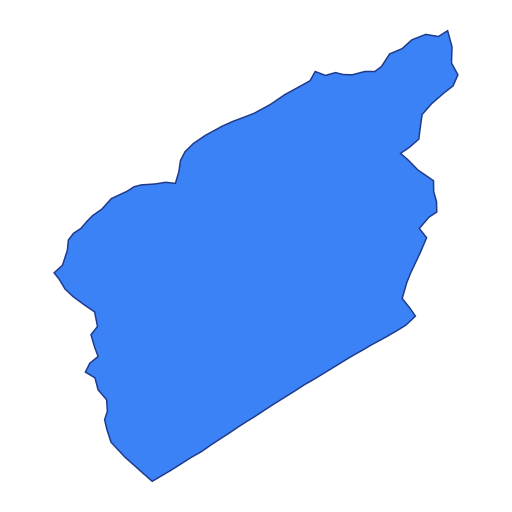 Mongaguá, São Paulo, Brazil (Natural Earth projection)
{"feature_id": "56859067B70576554205910", "entity_name": "Mongaguá", "entity_type": "district", "adm_level": 2, "iso_a3": "BRA", "parent_name": "Brazil", "parent_adm1": "São Paulo", "projection": "natural_earth1", "projection_center": [-46.666, -24.069], "detail": "fine", "context": "isolated", "style": "filled", "palette": "blue", "viewbox_px": 512, "rotation_deg": 0, "n_neighbors": 0, "source": "geoboundaries", "source_scale": "gbopen_adm2", "svg_char_len": 1446}
<svg xmlns="http://www.w3.org/2000/svg" viewBox="0 0 512 512"><path d="M152.2,481.3L171.7,469.8L191.2,457.4L201.9,451.3L210.7,445.1L219.4,439.4L230.1,432.5L238.1,427.0L246.2,421.8L255.6,416.0L273.1,404.5L285.8,396.6L296.5,389.9L304.4,384.7L313.2,379.7L322.3,374.2L340.9,362.8L348.7,358.0L357.0,353.2L363.7,349.5L370.8,345.2L385.8,337.1L396.3,331.0L405.8,325.2L415.4,316.1L409.8,308.0L402.2,298.5L406.9,282.2L410.9,272.4L420.2,252.8L426.6,237.7L419.3,228.5L428.9,217.2L436.8,212.0L436.5,201.6L433.7,191.6L433.5,180.7L418.0,170.1L407.8,159.7L400.5,153.4L409.4,147.3L418.8,139.1L420.5,125.8L422.1,114.5L431.7,103.6L443.9,93.0L453.1,85.8L457.9,74.8L451.5,63.0L452.0,46.8L447.6,30.7L438.5,36.5L425.7,34.4L411.9,39.8L402.0,48.7L389.6,53.9L381.5,66.5L374.8,71.5L364.9,71.5L352.1,74.8L342.9,74.5L335.5,72.6L325.4,75.4L315.2,71.5L310.0,80.8L285.0,94.5L270.3,104.5L253.9,113.4L244.9,116.9L233.3,121.2L222.9,125.8L205.6,135.2L193.5,143.4L185.1,151.6L180.5,160.5L178.8,171.9L175.4,183.4L165.8,182.3L154.9,184.0L141.2,184.9L134.0,186.8L126.8,191.4L111.3,198.6L101.8,209.2L93.0,215.3L87.4,220.9L80.8,228.5L73.5,233.3L68.4,240.0L67.3,250.5L62.5,265.2L54.1,272.8L59.3,279.4L65.1,289.1L73.2,296.7L83.9,304.6L94.6,311.9L97.5,326.5L91.0,334.7L94.6,347.1L98.1,356.5L89.8,363.2L85.4,372.1L95.0,377.9L98.1,389.9L106.6,399.7L107.4,411.2L104.6,419.7L106.7,428.8L111.0,442.2L124.8,457.0L144.0,474.1L152.2,481.3Z" fill="#3b82f6" stroke="#1e3a8a" stroke-width="1.5"/></svg>